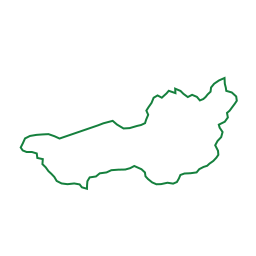 São Domingos, Sergipe, Brazil (Equal Earth projection), rotated 281°
{"feature_id": "56859067B88491630275121", "entity_name": "São Domingos", "entity_type": "district", "adm_level": 2, "iso_a3": "BRA", "parent_name": "Brazil", "parent_adm1": "Sergipe", "projection": "equal_earth", "projection_center": [-37.572, -10.77], "detail": "fine", "context": "isolated", "style": "outline", "palette": "green", "viewbox_px": 256, "rotation_deg": 281, "n_neighbors": 0, "source": "geoboundaries", "source_scale": "gbopen_adm2", "svg_char_len": 1466}
<svg xmlns="http://www.w3.org/2000/svg" viewBox="0 0 256 256"><g transform="rotate(281 128 128)"><path d="M98.1,28.9L93.0,27.7L88.4,26.4L85.9,28.9L85.1,33.0L86.1,38.4L85.6,43.3L81.3,44.7L81.2,50.3L76.2,50.9L73.7,54.7L70.5,58.1L68.4,61.5L65.9,65.0L62.4,68.1L60.9,73.4L61.3,79.3L63.3,85.8L63.4,91.3L61.0,94.0L60.5,99.3L64.3,98.7L68.0,98.3L72.2,99.8L74.3,105.8L78.1,108.9L80.3,115.4L83.4,119.7L85.2,126.3L86.7,133.2L89.0,137.8L91.9,141.4L90.1,149.1L87.6,153.1L83.9,154.4L81.7,157.4L79.2,162.1L78.2,166.6L79.2,171.1L81.8,177.2L82.0,182.9L84.3,186.3L88.1,187.6L91.9,188.4L94.1,192.1L95.5,197.9L97.5,203.8L101.2,205.8L104.2,209.6L106.0,212.9L108.6,214.8L111.9,218.0L115.7,220.4L118.9,221.8L122.8,220.7L127.7,216.9L132.4,218.4L136.8,221.2L142.1,221.6L145.8,217.9L148.6,216.5L152.6,221.8L157.4,224.0L161.7,222.3L164.3,224.4L168.7,226.5L172.2,228.2L175.5,229.6L179.6,228.2L182.7,223.1L183.2,217.4L186.3,216.3L189.9,214.6L195.5,213.2L192.1,208.3L187.9,204.1L183.6,201.8L179.4,202.1L176.2,199.8L173.3,198.3L170.8,196.4L168.8,193.3L171.7,189.7L172.8,184.6L169.8,180.8L172.1,175.9L174.4,172.5L175.6,166.8L171.3,167.9L172.3,160.9L169.3,159.2L164.2,155.4L165.6,150.8L162.6,147.4L157.1,146.3L152.4,144.2L148.6,142.7L144.8,145.3L139.6,144.2L136.0,143.8L133.4,140.2L131.8,136.6L128.2,129.6L126.7,123.7L129.3,116.5L132.1,111.6L127.9,102.9L124.9,98.1L104.6,62.8L105.9,57.4L106.8,51.1L105.5,45.8L103.8,39.5L101.5,33.3L98.1,28.9Z" fill="none" stroke="#15803d" stroke-width="2"/></g></svg>